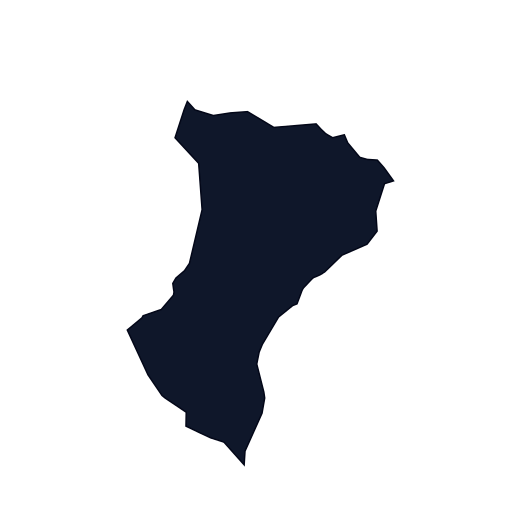 Xu'reemaral, Bayanhongor, Mongolia, rotated 146°
{"feature_id": "93677404B17106990406632", "entity_name": "Xu'reemaral", "entity_type": "district", "adm_level": 2, "iso_a3": "MNG", "parent_name": "Mongolia", "parent_adm1": "Bayanhongor", "projection": "albers", "projection_center": [98.288, 46.477], "detail": "fine", "context": "isolated", "style": "filled", "palette": "ink", "viewbox_px": 512, "rotation_deg": 146, "n_neighbors": 0, "source": "geoboundaries", "source_scale": "gbopen_adm2", "svg_char_len": 1118}
<svg xmlns="http://www.w3.org/2000/svg" viewBox="0 0 512 512"><g transform="rotate(146 256 256)"><path d="M100.0,241.4L100.5,257.5L101.8,267.7L109.8,273.9L114.8,279.8L116.7,298.5L115.0,307.1L126.3,311.2L128.9,316.4L129.9,318.7L131.2,324.7L132.3,331.9L169.3,352.6L182.3,380.4L197.1,388.9L212.8,396.3L224.9,411.3L226.5,422.5L233.6,417.6L257.0,399.3L251.7,364.9L274.8,324.5L315.3,287.1L323.5,283.8L334.7,282.5L340.3,279.8L342.7,275.0L344.1,272.0L346.3,269.7L364.5,264.6L366.5,265.2L383.0,269.6L385.1,268.5L404.1,266.6L412.0,217.8L411.9,192.9L410.7,188.9L401.2,165.5L409.2,154.1L401.4,140.8L395.2,130.5L387.0,120.1L386.6,119.3L382.6,89.5L374.2,100.4L338.9,122.3L328.2,133.4L325.6,138.8L315.8,166.0L307.1,174.6L300.0,179.3L271.4,192.8L253.3,194.4L248.8,193.4L239.5,200.0L237.3,201.6L235.5,202.6L234.5,203.0L232.9,203.4L230.9,203.8L227.5,204.6L224.8,205.2L222.5,205.7L221.0,205.9L219.9,205.9L218.4,205.5L215.7,205.0L213.3,204.6L211.6,204.5L210.8,204.4L210.0,204.5L209.4,204.5L208.0,204.4L184.2,208.6L157.3,203.7L141.7,208.9L131.6,226.3L109.0,244.1L100.0,241.4Z" fill="#0f172a" stroke="#020617" stroke-width="1.5"/></g></svg>